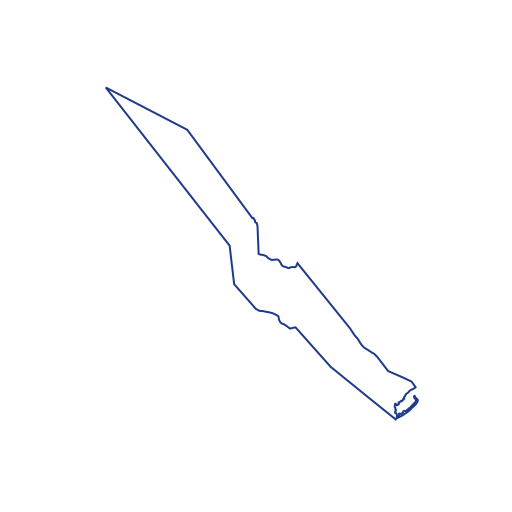 Gagaemauga II, Gaga'emauga, Samoa (Mercator projection), rotated 116°
{"feature_id": "51752279B40413162878901", "entity_name": "Gagaemauga II", "entity_type": "district", "adm_level": 2, "iso_a3": "WSM", "parent_name": "Samoa", "parent_adm1": "Gaga'emauga", "projection": "mercator", "projection_center": [-172.342, -13.526], "detail": "fine", "context": "isolated", "style": "outline", "palette": "blue", "viewbox_px": 512, "rotation_deg": 116, "n_neighbors": 0, "source": "geoboundaries", "source_scale": "gbopen_adm2", "svg_char_len": 2056}
<svg xmlns="http://www.w3.org/2000/svg" viewBox="0 0 512 512"><g transform="rotate(116 256 256)"><path d="M341.6,58.9L340.7,59.0L338.0,56.6L337.4,56.3L335.0,54.4L332.6,53.1L330.5,51.8L327.2,50.2L325.8,49.7L324.9,49.7L322.9,48.7L321.0,48.0L319.0,47.3L317.4,47.1L315.3,47.1L314.5,47.5L314.1,48.0L313.8,49.4L313.0,51.2L312.2,52.1L312.7,52.5L313.9,51.8L314.5,50.6L314.7,49.6L315.3,48.9L318.3,48.7L319.7,49.8L320.7,49.5L321.6,49.8L322.1,50.4L324.5,50.9L325.8,51.7L328.5,52.8L329.6,53.5L330.3,55.0L330.8,55.4L332.9,55.4L334.4,56.6L334.6,57.8L335.0,58.2L335.4,57.8L337.0,57.8L338.3,58.3L338.3,59.1L337.4,59.3L336.6,60.1L335.7,61.5L335.9,62.3L335.1,62.7L333.5,62.5L333.1,63.3L332.4,63.4L331.7,64.0L330.9,65.2L330.4,65.3L329.1,65.8L327.9,66.1L327.6,65.7L328.1,65.3L328.4,63.9L327.6,63.2L327.0,63.3L326.2,62.7L325.0,63.6L323.7,62.4L322.9,62.2L323.0,61.7L321.9,61.0L320.7,61.1L320.7,60.7L319.5,60.3L318.8,60.4L318.2,61.1L316.8,60.6L315.4,60.8L314.3,60.6L312.1,59.4L310.4,59.0L308.9,58.4L307.9,57.8L307.7,57.3L306.7,56.5L304.7,55.3L304.0,55.0L300.7,61.0L300.7,63.9L300.8,70.4L301.5,86.8L294.0,101.8L293.5,102.8L292.1,106.9L292.0,109.5L291.4,114.0L291.2,116.2L290.9,118.7L289.7,121.9L288.4,124.3L285.9,128.2L284.0,132.8L283.7,133.2L279.7,140.0L244.3,215.6L245.5,215.6L247.6,215.4L248.7,215.8L249.2,216.4L249.5,217.5L250.8,219.8L252.5,221.1L252.8,222.0L252.8,223.8L253.3,226.4L253.3,227.8L252.5,229.5L251.4,230.8L249.9,233.5L249.8,234.5L249.9,235.6L250.5,236.7L251.2,237.6L251.8,238.9L252.5,239.8L252.7,240.4L252.6,243.9L251.6,247.1L252.0,250.1L252.4,251.5L252.8,252.6L253.0,254.5L228.4,267.8L226.1,269.7L226.0,271.4L225.6,272.0L224.5,272.5L224.3,273.1L223.2,274.4L223.1,275.3L223.6,275.8L172.7,373.1L170.4,464.9L258.3,284.2L290.9,263.3L303.6,232.9L303.8,229.0L303.2,227.3L302.4,225.4L301.7,222.4L300.9,219.7L300.1,215.8L300.1,211.4L300.2,209.8L300.7,209.1L303.0,207.6L303.9,206.5L304.8,205.0L305.4,203.6L305.1,200.6L305.3,199.1L306.3,193.8L305.8,192.8L304.6,191.6L302.8,189.2L322.9,140.3L334.1,92.0L341.6,58.9Z" fill="none" stroke="#1e3a8a" stroke-width="2"/></g></svg>